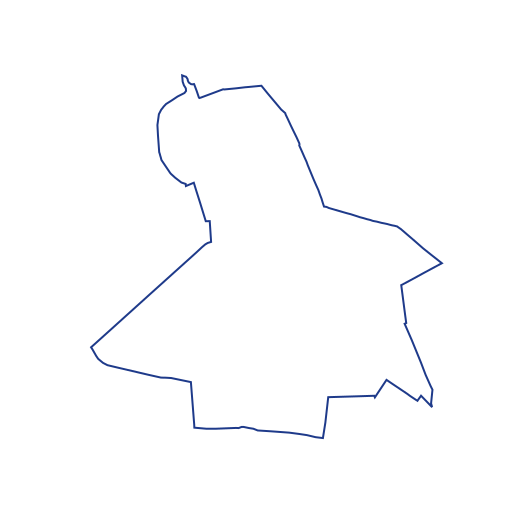 the district of Santana, Arad, Romania, rotated 258°
{"feature_id": "2599482B38045999797675", "entity_name": "Santana", "entity_type": "district", "adm_level": 2, "iso_a3": "ROU", "parent_name": "Romania", "parent_adm1": "Arad", "projection": "orthographic", "projection_center": [21.52, 46.341], "detail": "fine", "context": "isolated", "style": "outline", "palette": "blue", "viewbox_px": 512, "rotation_deg": 258, "n_neighbors": 0, "source": "geoboundaries", "source_scale": "gbopen_adm2", "svg_char_len": 2404}
<svg xmlns="http://www.w3.org/2000/svg" viewBox="0 0 512 512"><g transform="rotate(258 256 256)"><path d="M254.4,401.2L255.0,400.7L255.5,400.3L256.8,397.7L257.7,395.5L258.9,393.1L260.0,391.0L261.2,388.3L262.3,385.7L264.5,381.3L265.9,377.9L266.5,376.8L266.8,376.4L267.6,375.0L268.9,372.3L270.6,369.2L272.6,365.2L272.9,364.8L277.2,357.3L278.9,353.9L280.7,350.5L287.7,337.4L289.4,335.1L289.8,333.9L290.2,332.8L294.9,332.3L298.6,332.0L302.9,331.3L307.6,330.7L312.6,329.6L318.4,328.4L321.0,327.9L334.1,325.5L337.8,325.0L342.7,323.9L348.1,322.8L354.6,321.4L355.2,321.3L356.0,321.7L357.1,321.8L363.9,320.3L370.2,318.7L376.3,317.2L384.6,315.3L388.2,314.4L389.7,314.3L394.0,311.1L412.6,301.2L421.4,296.7L422.9,283.7L423.3,280.6L424.2,270.9L425.5,259.6L425.9,258.5L425.3,254.4L424.4,248.4L422.4,234.9L422.3,233.5L422.8,233.1L429.7,232.3L436.3,231.3L437.1,231.1L437.1,229.6L437.6,228.2L438.9,227.0L439.7,226.3L441.6,225.8L442.3,225.8L443.2,225.9L443.9,225.6L444.6,225.4L445.9,224.8L446.5,223.7L448.0,221.3L441.7,220.5L437.8,221.0L436.1,221.7L434.5,222.2L432.0,221.9L430.3,219.9L428.3,212.4L425.8,206.2L423.4,199.7L421.4,196.8L420.0,195.2L418.8,193.7L414.9,190.5L404.6,186.8L394.4,185.2L377.7,182.9L376.0,183.1L373.9,183.2L372.8,183.3L371.5,183.4L370.8,183.4L369.5,183.5L363.5,185.9L355.1,189.3L354.0,189.9L349.4,193.2L343.4,198.3L341.1,202.2L339.0,202.0L340.6,210.4L332.8,211.1L319.5,212.4L300.5,214.1L299.7,218.0L279.1,215.0L278.8,211.5L277.9,208.8L275.9,205.1L271.7,198.1L240.6,144.2L223.1,114.0L203.4,79.9L201.4,76.4L201.0,75.7L198.7,76.6L191.5,78.9L188.3,80.2L188.0,80.4L186.6,81.5L183.3,84.1L180.1,88.0L175.4,97.9L162.2,126.0L156.8,137.8L155.8,142.1L154.3,147.6L146.2,166.1L103.9,160.5L100.9,160.0L97.4,171.4L95.5,180.2L92.0,200.6L91.3,203.3L91.8,206.4L91.4,208.3L89.2,213.3L87.6,217.5L85.0,221.4L81.3,234.6L76.3,251.8L73.0,261.1L70.2,268.6L66.4,276.6L64.0,283.6L78.6,289.2L102.9,297.3L97.3,328.1L94.7,342.6L93.0,342.9L107.7,357.9L102.6,362.8L89.6,375.4L87.2,377.5L82.6,382.0L80.8,383.8L81.4,384.4L84.8,388.2L85.0,388.4L72.2,396.4L72.4,396.8L75.4,396.6L88.5,400.8L92.8,399.7L104.5,397.2L117.4,395.2L141.2,390.9L158.8,387.3L159.2,389.0L167.2,389.6L197.1,392.0L197.3,392.0L200.1,401.8L204.6,416.8L208.0,428.4L210.3,436.3L220.4,427.9L228.8,421.0L232.8,418.0L237.5,414.5L245.5,408.4L252.2,403.3L252.6,403.0L253.0,402.5L253.5,402.1L254.1,401.5L254.4,401.2Z" fill="none" stroke="#1e3a8a" stroke-width="2"/></g></svg>